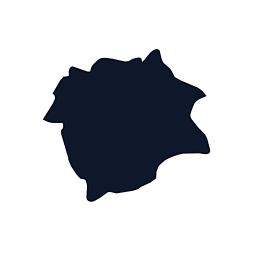 Zaghouan, Mercator projection, rotated 211°
{"feature_id": "TUN-120", "entity_name": "Zaghouan", "entity_type": "Governorate", "adm_level": 1, "iso_a3": "TUN", "parent_name": "Tunisia", "parent_adm1": "", "projection": "mercator", "projection_center": [10.024, 36.33], "detail": "fine", "context": "isolated", "style": "filled", "palette": "ink", "viewbox_px": 256, "rotation_deg": 211, "n_neighbors": 0, "source": "natural_earth", "source_scale": "10m", "svg_char_len": 1799}
<svg xmlns="http://www.w3.org/2000/svg" viewBox="0 0 256 256"><g transform="rotate(211 128 128)"><path d="M204.7,92.2L204.3,110.3L204.9,115.5L205.4,116.5L206.1,117.5L206.9,118.3L207.8,118.8L208.5,119.1L209.7,119.3L209.9,133.9L209.1,138.2L206.3,140.4L205.1,141.7L204.9,142.7L205.5,143.7L206.4,144.9L207.4,146.5L208.0,149.2L207.7,150.7L206.9,151.6L192.1,154.7L191.0,155.1L189.5,156.0L189.0,157.0L189.0,158.0L190.0,161.2L190.0,162.9L189.7,165.0L188.6,169.2L187.8,171.4L186.9,172.9L186.2,173.8L184.4,175.1L182.4,176.2L176.9,178.6L164.7,182.7L161.3,185.1L159.5,188.4L158.2,190.1L155.2,193.0L153.6,193.8L152.4,193.6L150.9,191.7L150.1,190.9L149.5,191.3L149.0,192.1L148.4,194.4L147.1,203.5L146.7,204.9L146.0,206.7L144.4,209.3L143.1,210.1L141.8,210.2L140.8,209.7L135.3,204.0L133.9,202.9L132.0,201.8L131.0,201.3L122.8,199.9L120.9,199.0L114.4,195.0L107.1,195.2L88.8,197.8L84.6,197.5L82.7,197.1L78.3,195.5L82.1,190.3L83.2,188.3L83.8,186.3L84.4,184.2L84.3,182.2L84.0,179.6L82.9,174.0L82.1,171.4L81.2,169.7L80.4,169.0L78.4,167.7L68.3,163.9L59.0,161.5L56.8,160.2L54.6,158.6L47.1,151.3L46.4,150.3L46.1,149.2L46.4,148.0L48.0,146.4L49.1,145.7L54.2,143.7L67.7,135.2L71.7,131.5L75.9,126.5L78.7,122.6L80.3,119.6L82.5,113.0L82.7,111.5L82.7,109.8L81.8,104.9L78.8,99.3L81.4,93.1L87.4,84.3L87.9,82.9L88.7,80.9L92.5,76.8L104.7,66.6L111.0,64.6L113.0,62.7L116.4,54.6L119.8,48.5L121.0,47.1L122.1,46.3L123.8,45.8L124.7,45.8L125.5,46.0L126.3,46.4L127.1,47.3L127.6,48.0L128.5,49.9L132.6,57.6L133.9,59.2L136.1,61.3L137.4,62.0L138.5,62.2L140.3,61.9L142.4,60.9L144.8,61.3L148.4,62.6L156.7,66.5L162.4,70.7L162.9,71.7L181.7,89.0L183.4,91.5L183.3,92.5L183.0,93.4L183.2,94.7L183.7,96.3L185.3,98.7L186.4,99.2L187.6,99.1L188.5,98.4L196.1,93.9L198.1,93.2L199.9,92.7L204.7,92.2Z" fill="#0f172a" stroke="#020617" stroke-width="1.5"/></g></svg>